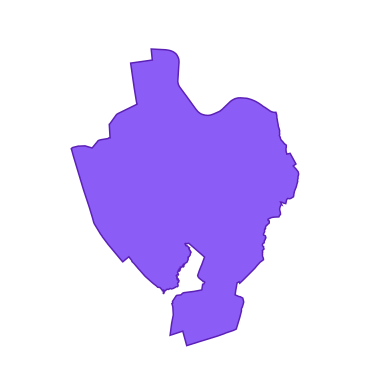 outline of Gradina, Constanta, Romania, rotated 257°
{"feature_id": "2599482B78123686212908", "entity_name": "Gradina", "entity_type": "district", "adm_level": 2, "iso_a3": "ROU", "parent_name": "Romania", "parent_adm1": "Constanta", "projection": "mercator", "projection_center": [28.433, 44.528], "detail": "fine", "context": "isolated", "style": "filled", "palette": "violet", "viewbox_px": 384, "rotation_deg": 257, "n_neighbors": 0, "source": "geoboundaries", "source_scale": "gbopen_adm2", "svg_char_len": 5964}
<svg xmlns="http://www.w3.org/2000/svg" viewBox="0 0 384 384"><g transform="rotate(257 192 192)"><path d="M169.0,94.5L168.5,94.6L159.8,98.5L139.6,108.7L139.5,108.8L143.1,115.9L139.0,117.8L137.7,117.9L135.8,119.2L128.4,123.0L128.2,123.2L120.5,127.3L111.5,133.7L109.5,135.4L108.0,136.5L107.0,137.1L106.3,138.8L105.9,139.5L102.8,141.0L102.6,141.0L102.9,142.0L102.6,142.4L101.8,142.2L101.4,141.7L100.4,141.5L100.1,141.6L99.8,141.3L99.5,141.6L100.0,142.1L101.1,142.5L101.3,143.0L101.8,143.5L102.0,144.1L102.8,145.5L102.8,146.1L102.4,146.9L102.4,147.6L102.9,148.5L102.9,149.0L102.2,150.0L102.2,151.7L102.6,153.4L102.8,153.8L102.8,154.2L103.2,155.0L103.2,155.8L103.0,156.5L103.2,156.8L103.5,157.2L104.4,157.5L106.0,157.3L106.9,157.9L107.0,158.0L106.9,158.5L107.0,158.6L107.7,158.8L108.2,159.3L108.4,159.4L108.7,159.3L109.1,158.9L109.5,159.1L109.8,159.1L109.8,158.7L109.5,158.4L109.7,158.0L110.1,157.9L110.4,158.0L110.6,158.2L110.8,158.7L111.2,158.5L111.6,157.8L112.0,157.9L112.2,158.2L112.8,158.5L113.0,158.5L113.9,157.8L114.2,158.0L114.6,158.7L114.6,159.2L114.5,159.5L114.3,159.7L114.2,159.9L114.3,160.0L114.6,160.2L115.0,160.2L115.1,159.8L115.4,160.0L116.0,160.0L117.1,159.8L117.6,160.6L118.4,160.9L118.7,161.0L118.9,161.3L118.9,161.6L118.7,161.9L117.9,162.0L118.2,162.6L118.7,162.7L119.0,162.6L119.2,162.4L119.3,162.2L119.7,162.1L119.8,162.1L120.0,162.4L119.9,162.9L119.6,163.4L119.7,163.5L120.6,163.8L121.1,163.6L121.4,163.6L121.4,164.0L121.2,164.5L121.1,164.8L121.1,165.0L122.1,166.0L122.3,166.3L122.1,166.5L121.8,166.6L121.1,166.5L121.0,166.9L121.6,167.5L122.1,167.6L123.1,167.2L123.3,167.2L123.5,167.4L123.6,167.7L123.5,168.0L123.3,168.5L124.0,169.2L124.3,169.6L124.4,170.4L124.9,171.5L125.3,171.7L126.0,172.3L127.4,173.2L128.0,173.3L128.4,173.2L128.7,173.2L128.9,173.6L129.4,173.7L129.6,173.8L129.5,174.2L129.6,174.5L131.1,176.1L131.7,176.2L132.3,176.7L133.2,176.9L133.4,177.2L133.4,177.4L133.5,177.5L133.9,177.5L134.2,177.1L134.6,177.2L135.0,176.9L135.5,177.0L136.1,176.5L136.5,176.6L136.8,176.6L137.4,176.1L137.6,176.2L138.1,176.9L138.6,176.3L138.8,176.2L139.1,176.2L140.8,175.0L140.8,174.7L140.7,174.5L140.8,174.2L141.3,173.9L141.6,173.8L142.3,174.1L142.4,173.8L142.9,173.5L143.2,173.6L143.3,173.7L143.3,174.2L143.3,174.4L143.1,174.5L142.8,175.4L142.8,177.3L125.8,189.6L120.6,186.2L119.0,185.2L117.3,183.9L114.3,181.8L110.0,179.1L109.2,178.7L107.6,179.0L106.3,179.7L102.9,182.4L102.2,182.7L102.3,183.2L101.5,184.1L101.2,184.1L99.9,183.1L99.7,182.2L99.7,181.6L94.5,179.6L94.4,179.2L94.7,171.7L95.7,161.8L95.7,161.0L95.5,160.1L94.4,158.3L94.3,158.0L94.7,154.0L94.6,153.5L94.2,153.0L89.8,148.4L89.4,148.3L88.2,148.3L87.8,147.3L84.5,147.5L76.4,146.1L68.8,142.7L57.3,138.4L58.5,151.7L43.5,152.3L44.6,166.5L45.4,177.6L45.9,184.6L46.7,191.5L47.0,192.8L47.8,201.1L48.5,204.3L58.6,210.1L65.1,213.5L66.2,213.6L67.7,214.3L68.5,215.1L70.8,216.4L72.8,217.5L73.8,217.7L77.2,217.6L79.1,215.5L79.6,214.2L82.1,210.9L86.1,212.4L90.4,214.3L90.9,214.4L92.7,215.2L93.2,215.3L94.0,217.7L92.4,218.0L94.9,222.3L103.5,236.0L105.7,238.8L108.3,242.6L109.9,246.4L111.3,246.6L113.5,246.3L114.6,246.4L115.6,246.8L116.7,246.8L117.5,247.4L119.0,247.3L120.3,249.4L121.8,249.2L122.6,249.5L123.4,248.8L124.1,248.6L124.7,248.7L125.5,249.2L126.0,249.7L126.2,250.8L127.1,251.2L128.1,251.4L128.5,251.8L128.7,252.2L129.3,252.7L130.0,252.9L130.8,253.4L130.8,253.7L131.3,253.6L132.2,253.7L132.8,253.6L133.3,253.1L133.7,252.4L133.9,252.1L134.4,252.1L134.9,252.1L136.8,253.7L137.2,253.9L138.7,254.1L139.1,254.3L139.2,254.5L139.3,254.9L139.7,255.3L140.0,255.1L140.2,255.3L140.2,255.5L141.4,255.8L142.8,257.1L142.9,257.9L143.3,258.2L144.3,260.2L145.2,260.5L146.2,260.7L146.8,260.5L147.1,259.9L147.5,259.7L147.8,259.7L148.4,260.0L148.8,261.9L149.1,262.7L149.2,264.5L149.0,266.6L148.2,271.1L149.4,271.9L149.9,272.5L149.9,272.8L150.2,273.1L150.6,273.3L152.4,273.5L153.8,273.4L155.7,273.5L156.7,274.0L157.7,274.5L158.4,275.1L159.0,275.5L159.4,275.9L159.6,276.2L159.7,276.4L159.5,276.6L162.3,276.0L161.7,277.4L160.5,278.9L159.6,280.7L160.5,281.2L163.3,282.5L164.2,283.8L163.6,285.1L163.5,285.7L163.5,286.4L163.6,287.1L164.5,289.8L165.8,290.4L166.6,290.6L169.8,292.1L173.5,294.7L174.4,295.2L175.9,295.9L178.0,297.1L178.6,297.4L179.9,297.5L181.7,298.5L182.6,298.5L183.6,299.0L184.7,299.7L185.9,300.0L187.7,300.0L188.2,299.8L191.3,298.4L192.4,297.7L194.6,296.5L195.9,299.6L207.6,296.3L207.6,292.9L208.3,293.0L209.7,292.8L211.4,293.0L213.1,293.3L214.3,293.9L215.7,294.3L216.4,294.4L217.2,293.9L218.1,292.9L218.6,292.8L219.5,292.2L220.4,291.9L222.5,290.6L224.0,290.2L224.9,290.3L225.9,290.2L227.3,289.8L227.6,289.9L228.0,290.2L228.5,290.4L229.0,290.5L230.0,290.6L232.1,291.2L234.6,291.1L236.6,290.9L238.2,291.1L241.3,291.2L244.4,291.4L244.8,291.3L248.0,291.9L248.7,291.7L249.9,291.9L250.3,291.5L250.8,291.6L251.0,290.4L251.5,289.0L252.4,287.5L253.2,286.5L257.9,282.2L259.3,280.7L260.8,279.5L263.3,277.2L265.2,275.2L266.2,274.1L268.6,270.8L270.1,268.2L270.9,266.7L272.8,260.6L273.1,259.2L273.3,258.2L273.3,255.8L273.2,254.6L272.5,252.0L272.1,250.9L271.5,249.6L265.8,240.1L264.7,237.8L264.3,236.7L264.1,235.6L263.2,230.8L262.9,228.5L262.8,227.3L263.0,224.9L263.4,223.7L263.7,222.6L264.1,221.7L265.0,220.0L265.9,218.6L266.8,217.6L268.2,216.4L269.4,215.6L272.5,214.1L285.8,208.5L297.1,203.6L298.9,203.1L300.3,202.9L302.9,203.0L321.6,208.6L324.2,209.0L325.2,208.9L326.7,208.7L328.6,208.2L330.2,207.5L331.5,206.5L332.8,205.3L334.0,203.7L334.9,202.2L335.7,200.4L336.5,198.4L340.5,184.4L329.5,183.0L331.4,161.2L306.5,159.1L294.5,158.3L290.9,158.1L290.1,158.4L289.8,157.9L285.1,137.6L284.6,136.2L284.3,135.7L276.5,126.8L276.5,126.6L264.1,124.5L263.3,124.5L263.5,123.4L263.4,123.1L263.0,122.2L263.4,115.4L263.4,113.7L263.2,112.2L258.1,105.6L257.4,104.5L261.0,98.2L262.1,92.4L262.3,91.5L262.2,86.0L262.1,85.5L261.9,85.0L261.2,84.0L260.8,84.2L253.7,84.5L218.5,86.8L200.2,88.5L188.3,89.3L187.1,89.3L184.5,89.4L182.8,89.7L172.6,93.1L172.1,93.2L169.1,94.5L169.0,94.5Z" fill="#8b5cf6" stroke="#5b21b6" stroke-width="1.5"/></g></svg>